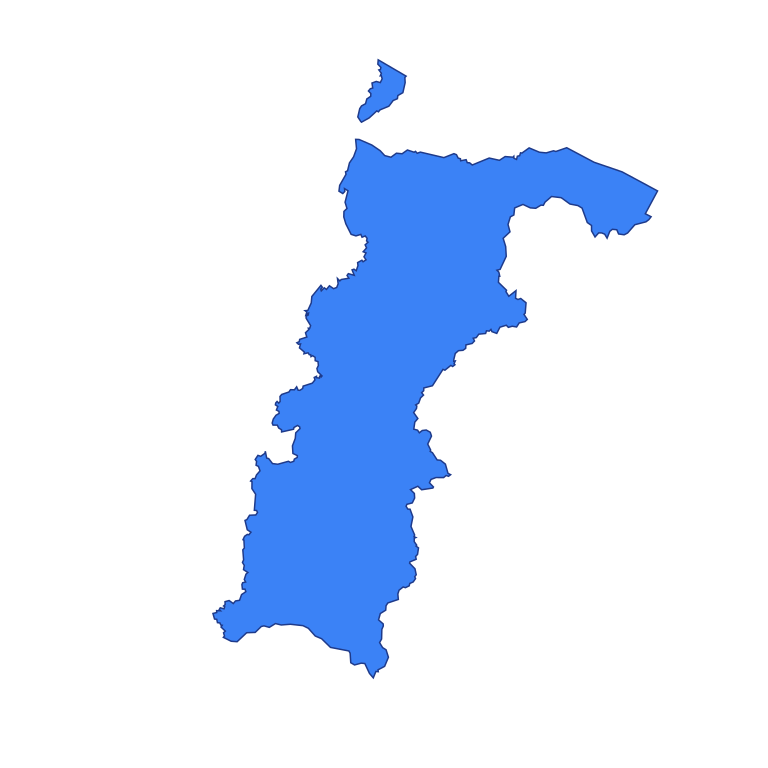 outline of Kasena Nankana East, Upper East, Ghana, rotated 28°
{"feature_id": "2480657B68256913631937", "entity_name": "Kasena Nankana East", "entity_type": "district", "adm_level": 2, "iso_a3": "GHA", "parent_name": "Ghana", "parent_adm1": "Upper East", "projection": "albers", "projection_center": [-1.049, 10.75], "detail": "fine", "context": "isolated", "style": "filled", "palette": "blue", "viewbox_px": 768, "rotation_deg": 28, "n_neighbors": 0, "source": "geoboundaries", "source_scale": "gbopen_adm2", "svg_char_len": 6165}
<svg xmlns="http://www.w3.org/2000/svg" viewBox="0 0 768 768"><g transform="rotate(28 384 384)"><path d="M479.2,262.7L480.2,259.7L474.9,256.8L475.4,255.1L471.3,245.6L464.6,244.3L462.6,246.5L459.9,246.5L456.7,239.6L453.0,247.9L448.3,245.2L448.2,243.7L437.3,240.5L434.8,234.9L435.6,234.5L432.9,231.3L430.3,230.5L432.7,228.3L432.0,213.9L426.9,205.5L420.8,199.4L423.8,190.5L418.6,184.9L417.1,177.1L419.3,173.8L416.7,167.2L422.4,160.2L430.5,159.8L435.5,157.6L438.6,152.4L440.8,151.4L440.8,147.8L443.9,139.8L453.0,136.3L463.7,137.8L471.5,135.4L476.3,135.7L487.7,146.0L492.8,146.6L495.4,151.4L501.3,155.1L502.6,149.8L505.3,148.4L508.5,148.1L512.5,150.5L511.7,143.2L513.0,140.2L517.1,138.5L520.7,141.4L526.0,139.5L528.2,136.3L530.7,125.6L539.2,117.8L540.7,114.5L541.3,110.9L534.8,111.0L534.9,85.1L494.7,84.9L465.3,89.6L434.4,89.6L426.6,98.0L424.2,98.5L418.7,103.8L412.4,106.4L401.3,107.4L397.4,115.3L396.0,115.8L396.6,118.7L394.8,120.3L395.6,123.5L392.8,123.7L391.7,122.0L391.4,123.2L384.2,126.3L380.9,132.3L370.8,135.1L359.1,149.2L355.8,148.5L353.6,149.5L351.2,147.4L346.9,150.9L345.7,149.2L343.4,149.7L340.3,147.5L337.6,147.8L330.6,156.0L307.2,162.2L305.0,164.7L302.6,163.8L301.8,165.2L294.8,166.4L291.9,172.2L286.6,174.4L283.7,180.5L277.4,182.0L271.1,179.8L261.1,178.7L247.2,179.8L244.1,181.3L249.3,189.2L250.5,197.7L249.7,205.0L251.7,212.8L250.4,214.7L252.0,216.7L251.6,229.4L253.7,234.9L258.2,235.2L259.0,232.4L257.4,230.0L261.5,230.3L264.3,241.8L268.9,246.4L267.6,250.4L270.1,255.4L275.1,260.5L284.7,267.3L289.7,266.4L293.3,262.8L295.7,264.7L297.9,262.1L300.7,263.3L301.4,265.8L303.3,266.3L302.0,270.0L304.7,272.0L303.5,277.0L306.6,276.7L306.6,281.1L309.8,282.8L308.1,285.9L306.4,285.1L303.7,289.2L305.4,291.6L306.3,297.0L303.6,296.7L302.2,298.2L306.7,302.0L300.7,303.3L300.4,305.5L303.3,307.1L297.2,311.8L296.6,313.7L293.4,312.7L296.5,317.1L296.9,321.0L294.7,323.5L289.7,322.9L288.8,327.5L286.1,327.1L284.9,331.2L283.6,330.0L284.1,327.5L282.0,326.5L279.2,340.6L281.7,346.6L282.2,354.8L279.9,356.3L282.1,356.7L282.6,359.5L284.1,356.9L284.7,358.8L283.3,360.6L284.4,362.5L291.8,366.9L292.2,369.6L291.0,370.3L292.1,371.0L290.6,375.6L293.8,378.8L288.6,384.2L289.3,386.4L287.7,388.5L289.8,389.1L291.5,387.8L292.4,391.8L298.7,393.2L299.1,394.9L302.3,392.1L304.3,393.2L305.5,392.5L306.7,394.1L307.7,392.5L310.7,392.8L312.3,395.7L315.2,395.2L317.4,398.5L317.5,401.8L319.7,404.3L325.5,406.0L325.2,407.3L324.1,406.4L323.5,407.3L324.2,409.1L321.5,410.1L320.8,408.9L319.3,411.0L321.1,412.8L320.3,416.9L313.6,423.8L314.3,426.1L312.7,429.1L311.1,429.8L308.2,427.5L307.6,431.2L304.1,432.9L303.8,435.7L298.6,441.2L298.0,443.8L300.5,448.2L300.0,450.3L297.8,449.6L297.3,451.6L297.9,453.4L300.8,453.7L301.2,457.5L304.1,457.5L305.2,459.2L303.3,462.3L302.7,466.9L303.6,471.0L305.3,472.4L309.1,470.4L311.7,472.3L315.0,472.5L316.1,474.4L325.4,466.4L324.9,464.7L327.1,461.2L329.6,461.4L330.8,462.8L329.0,468.6L331.2,473.7L332.2,481.6L336.2,488.1L341.1,487.9L341.9,489.6L340.1,492.4L340.6,494.6L338.2,497.2L335.9,497.1L327.9,504.7L322.9,506.6L317.2,504.0L315.2,504.5L310.8,499.1L311.4,501.1L309.1,505.7L306.2,506.2L305.7,511.1L307.8,512.1L309.2,515.8L311.8,515.7L315.3,518.9L314.1,524.2L314.6,528.1L312.6,529.1L311.8,532.3L313.3,532.2L316.5,538.4L322.4,541.6L328.8,556.4L330.9,555.5L332.6,556.8L332.3,559.8L326.9,563.0L326.6,568.1L325.3,569.7L331.7,576.9L336.1,577.3L335.5,580.5L333.9,581.0L332.4,583.9L332.6,587.7L333.6,587.6L337.7,594.4L337.2,596.7L342.6,605.2L342.8,608.0L345.8,609.8L347.1,613.9L352.3,614.3L351.4,616.7L352.4,622.2L354.8,623.8L352.5,625.8L352.7,627.8L355.3,631.6L357.6,630.4L359.5,632.2L357.1,636.8L358.0,642.8L354.7,645.3L354.0,648.6L348.9,647.9L345.8,650.8L347.3,653.4L346.6,655.3L347.9,655.4L348.3,657.6L344.5,658.5L344.4,660.5L346.1,661.0L342.6,662.7L343.6,664.3L340.7,666.9L344.7,671.1L346.8,670.3L349.0,672.9L351.3,672.0L353.0,673.4L354.4,673.0L354.2,675.1L359.9,676.7L359.1,679.0L361.5,681.4L361.1,683.1L369.8,682.9L375.3,680.5L379.5,668.1L386.9,663.8L389.5,655.7L391.6,653.9L397.0,652.7L400.6,646.5L406.4,645.0L414.1,640.1L425.9,635.4L431.9,635.2L441.6,638.8L448.5,638.2L460.4,641.7L478.3,636.2L480.5,637.6L485.5,645.7L489.9,645.9L494.9,641.2L498.3,639.8L507.1,646.4L512.5,648.5L511.8,641.6L514.0,640.7L512.9,639.2L517.1,633.0L516.2,623.2L510.6,617.7L506.5,617.4L501.5,614.4L501.6,610.3L497.3,601.7L497.0,598.0L495.9,596.2L489.9,594.8L488.5,588.4L491.7,582.9L489.9,578.8L490.2,575.5L497.8,567.5L494.8,562.9L494.1,559.0L496.2,554.2L498.5,553.8L501.0,550.4L500.4,548.0L502.7,545.1L503.2,541.0L501.6,539.8L502.0,537.3L498.1,532.6L490.7,530.2L490.4,528.9L494.7,523.6L492.9,521.5L493.6,518.7L491.4,512.5L488.4,512.1L488.5,510.9L484.7,509.0L483.1,505.9L484.2,504.6L482.2,504.7L481.9,502.9L474.7,497.1L471.9,487.8L465.8,482.3L463.8,483.3L460.9,481.6L460.7,479.5L464.8,475.7L464.6,470.3L462.2,466.4L457.0,464.8L461.9,458.4L466.9,459.7L476.0,452.9L476.0,451.7L470.5,449.9L470.3,446.2L473.8,442.2L480.6,438.6L481.8,435.6L484.3,435.2L485.4,432.8L482.4,432.8L475.8,425.9L469.7,424.8L466.6,426.1L459.0,421.9L456.4,421.8L456.2,420.4L450.8,416.5L450.4,407.7L447.5,404.9L442.9,404.8L439.6,407.1L438.1,410.5L435.3,409.0L431.5,409.9L429.1,403.2L430.1,398.6L423.6,395.3L424.2,390.4L423.3,388.0L421.8,387.6L423.6,384.6L422.8,379.1L424.1,375.2L421.3,374.0L422.2,371.3L421.0,368.8L427.6,362.8L429.2,343.4L431.3,343.2L434.3,336.2L436.4,336.3L437.6,333.7L436.3,333.1L436.1,330.2L434.9,331.2L434.2,329.8L432.6,323.6L434.1,319.6L437.9,317.2L439.4,314.2L438.0,311.0L442.8,306.8L443.7,303.5L441.3,301.7L443.7,299.7L444.3,295.5L450.0,291.7L449.5,288.9L452.1,287.9L452.8,285.6L454.7,287.1L459.8,286.4L459.7,279.4L464.4,274.7L467.2,275.6L470.1,272.8L474.3,271.4L474.7,266.6L479.2,262.7ZM259.0,101.8L226.7,100.5L228.4,104.5L232.6,105.9L233.2,108.0L232.0,109.1L235.8,110.9L236.0,113.6L236.8,113.0L239.1,115.4L239.2,119.6L235.1,120.5L232.1,123.9L235.1,128.0L233.3,129.7L232.7,132.6L236.0,133.7L237.2,136.2L235.0,140.4L236.1,145.2L233.6,149.0L233.3,152.3L235.5,160.5L240.2,163.1L241.2,163.4L246.0,156.0L249.4,146.3L251.3,146.3L251.8,143.8L257.9,136.4L259.0,129.4L261.9,125.8L260.8,122.8L263.9,117.9L261.2,108.0L258.5,103.5L259.0,101.8Z" fill="#3b82f6" stroke="#1e3a8a" stroke-width="1.5"/></g></svg>